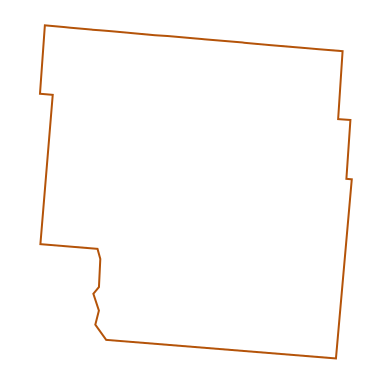 Nodaway, Missouri, United States of America, rotated 4°
{"feature_id": "52423323B34301211458576", "entity_name": "Nodaway", "entity_type": "district", "adm_level": 2, "iso_a3": "USA", "parent_name": "United States of America", "parent_adm1": "Missouri", "projection": "albers", "projection_center": [-94.942, 40.352], "detail": "fine", "context": "isolated", "style": "outline", "palette": "amber", "viewbox_px": 384, "rotation_deg": 4, "n_neighbors": 0, "source": "geoboundaries", "source_scale": "gbopen_adm2", "svg_char_len": 617}
<svg xmlns="http://www.w3.org/2000/svg" viewBox="0 0 384 384"><g transform="rotate(4 192 192)"><path d="M332.4,41.0L305.9,40.7L289.0,40.4L288.0,40.4L258.0,40.0L238.5,39.6L233.9,39.5L231.9,39.3L193.7,38.8L191.2,38.7L184.2,38.6L163.1,38.2L157.1,38.1L143.9,38.2L103.5,37.3L97.8,37.2L88.4,37.1L83.4,37.1L81.8,37.1L81.6,37.1L80.8,37.0L76.3,36.9L58.6,36.6L53.6,36.4L33.6,36.0L33.5,104.6L46.3,104.8L44.4,254.6L101.7,255.3L105.2,265.2L105.8,293.3L100.7,300.4L107.4,316.8L104.8,331.1L116.7,345.5L347.2,348.0L350.5,168.2L345.1,168.1L345.0,109.1L332.7,109.1L332.4,41.0Z" fill="none" stroke="#b45309" stroke-width="2"/></g></svg>